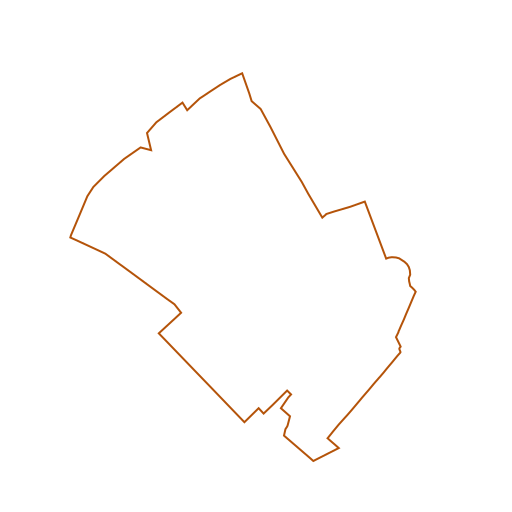 the district of Carna, Dolj, Romania, rotated 123°
{"feature_id": "2599482B28740347601774", "entity_name": "Carna", "entity_type": "district", "adm_level": 2, "iso_a3": "ROU", "parent_name": "Romania", "parent_adm1": "Dolj", "projection": "equal_earth", "projection_center": [23.609, 43.848], "detail": "fine", "context": "isolated", "style": "outline", "palette": "amber", "viewbox_px": 512, "rotation_deg": 123, "n_neighbors": 0, "source": "geoboundaries", "source_scale": "gbopen_adm2", "svg_char_len": 1759}
<svg xmlns="http://www.w3.org/2000/svg" viewBox="0 0 512 512"><g transform="rotate(123 256 256)"><path d="M396.7,96.3L372.0,82.0L371.1,88.0L370.8,90.3L369.9,96.7L362.1,95.9L361.7,95.9L360.1,95.7L352.2,94.8L343.4,93.4L339.8,92.8L334.8,92.1L333.4,91.9L323.7,90.7L317.0,89.9L316.3,89.8L310.4,89.0L307.7,88.6L302.6,88.0L299.2,87.6L298.6,87.5L296.2,87.2L293.7,86.8L291.3,86.5L289.7,86.2L287.2,85.9L284.3,85.5L279.4,85.0L275.3,84.5L271.5,84.0L267.8,83.6L265.2,83.3L262.5,83.0L258.7,82.4L258.1,82.4L257.6,82.8L256.3,84.7L255.7,85.3L254.6,85.5L253.8,85.4L253.3,85.3L252.8,86.0L247.8,94.4L242.5,95.0L241.4,95.4L239.9,95.6L235.3,96.4L228.8,97.4L223.0,98.5L216.5,99.6L203.8,101.9L199.0,102.6L198.2,104.8L197.5,108.0L197.2,110.3L195.8,111.7L193.9,113.7L191.3,115.8L187.7,116.5L184.2,119.2L182.0,121.9L180.6,124.9L180.0,128.3L180.0,134.7L181.0,137.8L183.0,141.4L185.1,143.8L187.3,145.4L154.5,189.8L151.1,194.4L163.3,203.7L175.9,214.5L182.5,219.9L183.7,220.1L187.7,221.3L175.3,246.2L169.0,257.9L155.0,288.1L139.9,314.2L137.9,317.9L130.2,332.1L128.5,344.0L123.4,350.1L110.3,367.1L110.9,367.5L121.4,373.9L127.0,376.7L132.2,379.3L137.5,381.6L142.7,383.9L151.1,387.5L152.2,388.0L153.3,388.5L154.4,389.0L171.2,393.1L167.4,401.2L183.1,407.0L198.1,412.4L212.2,414.4L224.4,401.6L227.8,411.9L246.2,419.4L271.5,426.8L286.6,430.0L297.7,430.0L318.6,426.2L339.3,422.5L341.6,421.8L339.2,405.5L338.2,398.5L336.1,383.6L337.2,364.4L337.2,363.7L340.5,307.2L340.9,298.1L344.4,287.9L373.8,295.4L381.4,262.6L385.4,245.4L389.5,227.6L401.7,175.2L388.6,172.3L382.2,170.9L384.0,163.8L371.8,160.9L351.9,156.6L353.0,151.2L357.0,151.9L370.1,152.2L371.9,140.2L380.6,137.3L381.9,137.0L385.2,137.0L391.4,134.7L395.0,108.3L396.1,100.2L396.7,96.3Z" fill="none" stroke="#b45309" stroke-width="2"/></g></svg>